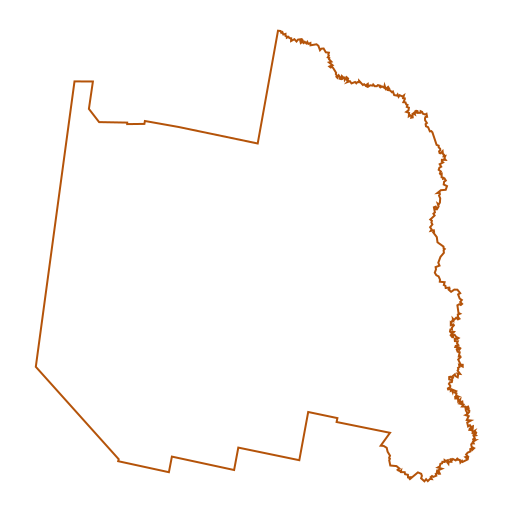 outline of San Cristobal, Santa Fe, Argentina
{"feature_id": "61730980B50411515207012", "entity_name": "San Cristobal", "entity_type": "district", "adm_level": 2, "iso_a3": "ARG", "parent_name": "Argentina", "parent_adm1": "Santa Fe", "projection": "natural_earth1", "projection_center": [-60.804, -30.162], "detail": "fine", "context": "isolated", "style": "outline", "palette": "amber", "viewbox_px": 512, "rotation_deg": 0, "n_neighbors": 0, "source": "geoboundaries", "source_scale": "gbopen_adm2", "svg_char_len": 6004}
<svg xmlns="http://www.w3.org/2000/svg" viewBox="0 0 512 512"><path d="M35.8,366.8L118.7,459.2L118.2,461.2L168.9,472.2L171.9,456.6L234.1,470.0L238.3,447.6L299.3,460.2L308.2,412.0L337.4,418.1L336.6,422.0L390.0,432.8L380.7,445.7L383.6,445.9L386.7,447.8L387.6,451.7L390.0,455.7L389.1,457.9L389.9,458.8L389.2,460.2L390.3,465.5L396.5,466.1L399.4,468.5L397.6,469.9L398.2,470.4L400.3,471.2L401.1,470.4L400.9,472.1L404.7,472.2L405.1,474.2L407.9,474.8L408.0,477.3L410.6,477.2L409.5,478.6L409.9,479.1L417.9,472.4L421.2,473.8L421.9,475.9L421.1,478.3L424.4,481.3L426.1,479.2L427.8,481.1L430.0,478.9L431.8,479.1L430.7,477.1L432.0,476.0L433.2,476.9L436.3,475.7L435.8,474.0L436.6,473.8L437.0,471.5L438.8,473.8L439.8,473.7L438.3,470.2L441.9,468.7L437.8,467.5L439.8,466.4L440.4,463.8L442.1,463.3L442.4,461.8L444.6,462.0L444.6,460.1L445.8,460.9L447.9,460.1L448.2,461.6L447.3,462.4L448.4,463.8L448.6,461.8L451.2,461.8L450.2,459.5L451.0,459.1L451.9,460.4L452.9,459.0L455.7,460.4L457.9,457.9L457.0,459.8L459.8,459.9L460.4,462.6L462.0,460.8L462.6,461.9L467.7,459.4L467.9,458.3L467.1,458.7L465.4,457.1L467.8,456.4L466.1,454.5L467.7,452.6L470.3,451.5L470.3,449.0L471.9,448.5L472.3,449.9L474.1,448.2L471.7,446.9L471.2,444.6L471.8,443.4L473.7,443.4L473.0,441.7L475.6,440.1L473.4,440.1L473.1,439.3L474.8,438.3L473.6,435.9L475.7,435.4L473.8,434.1L475.6,434.0L476.2,432.7L475.4,431.8L474.6,433.5L474.0,432.0L474.7,430.8L472.6,432.0L472.3,430.1L469.4,429.9L469.8,428.6L472.7,428.7L472.9,426.3L471.0,427.1L469.9,425.2L468.1,426.4L467.2,422.5L471.0,420.5L466.8,420.0L468.7,416.2L465.6,415.1L467.3,414.3L466.8,412.0L468.3,413.0L469.2,412.0L469.3,410.6L468.0,409.9L468.7,408.5L468.1,406.6L466.6,407.2L467.0,408.9L465.8,409.9L465.3,406.6L462.1,406.5L463.5,404.6L460.4,403.8L462.5,403.0L462.3,401.5L459.5,402.4L460.1,399.5L458.2,401.2L458.0,398.4L455.3,398.5L455.2,396.9L458.3,396.5L456.1,395.5L456.5,393.4L454.8,392.6L456.2,391.2L453.2,390.0L452.7,392.1L452.0,390.1L450.9,390.7L451.1,389.2L448.1,389.4L447.9,388.4L450.2,387.1L450.3,385.8L448.9,383.9L449.9,382.3L451.8,382.1L452.2,380.3L449.2,379.4L449.2,377.0L450.5,376.7L452.4,378.4L453.1,377.6L452.5,376.3L454.8,374.4L455.1,375.8L457.7,377.3L458.1,374.9L457.5,373.6L460.1,373.9L457.6,370.6L458.4,369.2L458.0,367.9L459.5,367.0L459.1,364.9L462.7,366.6L462.7,364.8L460.7,364.7L458.2,359.5L460.6,357.1L460.3,356.3L458.8,356.4L459.7,352.3L457.6,351.7L456.7,349.3L457.5,348.6L459.2,349.9L460.3,348.3L458.7,347.2L455.3,347.0L455.7,345.9L458.3,345.0L457.0,343.2L457.8,341.3L454.9,341.1L454.7,338.7L457.4,339.0L458.6,338.1L456.2,336.9L454.6,334.8L453.1,335.2L453.0,337.1L452.3,337.2L450.7,335.2L454.0,331.9L452.4,331.6L451.1,332.6L450.0,331.6L450.4,329.5L452.9,329.4L451.6,329.2L451.9,327.6L453.9,325.3L453.4,324.4L450.8,325.2L450.8,322.3L451.4,322.7L452.2,320.8L453.3,321.2L452.9,318.7L454.0,319.9L456.2,317.7L457.9,319.4L459.4,318.7L458.1,317.2L457.8,314.6L460.0,313.7L458.5,312.9L457.4,305.3L459.3,304.2L460.8,305.0L462.1,303.9L460.2,302.0L461.8,300.0L459.7,298.6L458.1,294.4L460.2,293.2L457.4,289.7L454.3,289.6L451.1,291.8L448.7,289.7L449.6,288.8L449.3,287.6L445.7,288.0L445.4,285.8L443.8,285.0L444.6,282.2L439.8,281.7L440.0,279.6L438.6,276.4L436.3,275.2L434.8,272.7L436.0,269.3L435.6,267.1L439.5,265.6L438.3,262.7L440.5,256.8L443.9,252.8L443.6,250.2L444.7,249.0L443.6,248.3L443.5,246.6L437.5,242.3L436.8,237.1L433.3,232.5L434.1,232.0L433.8,230.3L430.7,230.9L431.6,229.4L430.1,227.2L432.4,224.4L431.4,222.5L431.9,220.8L430.3,219.5L434.6,215.5L433.4,213.7L434.9,212.4L433.9,207.3L435.7,206.6L436.5,207.9L435.9,209.2L436.9,209.3L438.6,206.5L437.7,203.6L438.8,204.4L439.9,202.6L440.2,198.3L439.0,195.6L439.9,194.2L439.6,192.8L437.4,193.0L440.9,190.2L445.7,189.8L447.0,186.1L443.7,184.5L444.1,181.7L445.8,180.5L444.5,178.4L443.1,178.8L443.2,177.7L441.6,177.3L441.7,173.7L440.4,174.2L439.9,173.4L440.9,171.5L438.7,169.8L439.4,167.7L441.2,166.7L439.7,164.2L443.1,162.4L441.8,161.2L441.9,159.8L445.6,159.9L444.4,158.3L445.3,155.9L443.6,156.2L444.0,154.7L442.9,153.8L442.6,151.2L440.7,153.3L439.6,153.1L439.1,151.3L440.3,150.2L440.1,148.7L438.7,147.4L438.7,145.7L436.6,144.9L432.4,132.3L431.3,131.1L429.9,131.4L428.1,127.2L426.0,126.3L425.6,124.1L426.9,123.0L425.1,120.3L425.0,118.2L425.5,117.0L427.1,116.8L426.5,113.8L425.2,114.5L422.9,113.7L422.1,111.9L420.6,111.2L420.4,112.8L417.9,112.9L417.5,111.1L416.1,110.8L415.3,111.3L416.1,112.7L414.4,112.8L414.8,114.3L413.4,113.4L412.5,113.9L412.7,117.4L411.2,117.7L411.5,116.2L410.4,115.3L408.8,116.3L409.1,112.9L406.3,111.9L408.5,110.3L408.9,107.7L406.8,106.9L407.5,104.9L406.2,104.4L405.5,102.4L403.4,102.2L404.8,99.2L404.8,98.4L403.1,98.2L403.9,95.4L402.4,96.5L399.7,95.2L398.6,96.8L397.6,94.5L396.9,95.6L394.2,95.1L392.9,91.5L391.9,92.2L390.1,90.4L387.5,90.0L387.3,88.8L389.0,88.4L388.1,86.9L385.7,89.0L384.6,85.5L384.1,87.7L382.2,86.5L380.4,87.4L379.7,86.7L380.2,85.7L377.9,85.1L376.8,86.2L374.7,86.2L373.2,84.5L372.6,85.6L370.2,85.3L367.8,86.9L366.5,86.3L367.9,84.8L367.8,83.9L365.5,85.5L364.1,84.2L362.9,85.0L359.1,80.8L359.1,82.2L357.4,82.1L356.3,83.3L355.1,82.0L351.5,83.4L349.9,81.2L347.1,82.2L348.3,80.8L346.3,79.7L347.7,79.8L348.1,78.6L346.8,77.4L346.4,78.9L345.6,78.5L344.8,79.7L344.6,77.6L342.6,78.6L342.8,76.9L342.0,76.2L341.9,79.0L341.1,79.1L339.7,78.7L340.3,77.3L338.7,75.3L337.4,77.8L336.4,76.7L337.0,75.8L335.8,74.0L336.1,72.8L333.4,68.4L332.2,66.9L330.6,67.5L329.4,66.5L332.5,65.2L329.0,62.4L331.4,61.7L329.0,59.2L329.3,58.0L327.8,57.4L328.9,55.7L328.3,54.8L328.9,52.7L325.8,52.3L323.6,48.5L321.3,48.7L320.0,50.2L318.4,45.8L316.5,44.3L310.5,45.3L310.4,43.0L308.3,43.9L307.3,41.9L306.3,43.4L304.8,41.8L303.7,43.1L302.2,41.9L300.8,43.0L300.4,41.3L303.7,40.6L302.6,40.6L301.7,39.1L298.0,39.6L296.5,41.5L294.4,39.2L291.1,41.0L291.2,38.3L289.4,38.1L288.5,36.8L286.8,37.7L286.7,36.4L285.5,35.9L285.5,33.9L283.3,34.5L282.4,32.1L281.3,32.8L280.6,31.0L278.0,30.7L257.7,143.5L178.7,127.0L144.9,121.0L144.4,123.9L127.2,124.1L127.2,122.6L99.1,122.1L88.9,108.9L92.9,81.5L74.5,81.4L35.8,366.8Z" fill="none" stroke="#b45309" stroke-width="2"/></svg>